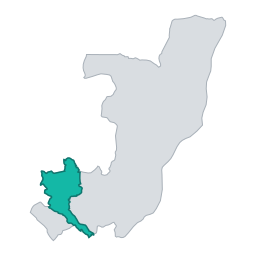 location of Niari within Republic of the Congo
{"feature_id": "COG-3345", "entity_name": "Niari", "entity_type": "Region", "adm_level": 1, "iso_a3": "COG", "parent_name": "Republic of the Congo", "parent_adm1": "", "projection": "albers", "projection_center": [12.665, -3.355], "detail": "fine", "context": "in_parent", "style": "filled", "palette": "teal", "viewbox_px": 256, "rotation_deg": 0, "n_neighbors": 0, "source": "natural_earth", "source_scale": "10m", "svg_char_len": 8232}
<svg xmlns="http://www.w3.org/2000/svg" viewBox="0 0 256 256"><path d="M30.3,212.4L31.8,208.4L33.0,206.5L34.3,205.2L40.0,202.1L40.8,202.2L44.7,206.3L45.9,206.6L47.3,206.5L48.9,206.6L49.7,205.8L49.8,204.8L48.7,203.6L48.5,202.3L49.3,201.0L49.8,199.4L51.0,197.6L51.1,196.8L49.8,195.9L47.2,194.5L45.4,193.1L44.7,191.8L45.2,190.2L46.7,188.8L46.6,188.1L45.3,186.9L44.4,185.6L43.4,184.8L40.8,184.3L41.3,182.5L42.3,180.0L42.5,178.0L41.8,172.8L41.8,171.9L42.5,171.4L44.1,172.0L45.7,172.8L50.0,171.7L51.5,171.5L52.7,172.5L54.5,173.2L64.4,171.1L64.6,168.9L65.2,166.9L65.2,165.4L64.8,164.5L64.3,163.7L64.0,162.3L64.0,160.7L65.0,159.9L68.1,158.0L69.1,158.1L71.3,159.1L73.4,160.7L75.3,164.2L76.5,167.1L78.6,170.7L82.9,172.1L88.1,173.0L90.9,172.8L94.8,169.8L97.1,167.4L97.8,166.1L99.2,166.8L100.6,169.9L101.6,171.1L101.8,172.3L101.2,173.7L101.8,174.6L104.6,175.3L107.0,174.7L108.1,173.4L109.9,171.7L110.0,170.4L109.0,169.4L109.0,168.2L110.0,167.2L111.0,164.5L111.3,162.6L112.3,161.3L114.1,160.5L114.8,159.7L115.8,155.0L115.3,153.4L115.3,152.0L116.4,150.2L116.6,147.3L115.5,135.8L117.3,126.6L117.2,125.5L115.9,124.0L114.3,122.7L110.2,121.7L108.7,120.0L107.5,118.2L106.6,117.6L102.2,116.9L101.2,115.8L101.6,112.9L102.0,108.6L101.8,105.6L102.6,103.2L103.5,101.4L105.5,99.5L106.6,97.2L107.1,96.6L110.9,96.3L112.2,95.3L113.3,94.4L113.8,93.1L115.0,91.0L116.2,89.5L116.3,88.5L116.1,87.2L115.0,84.5L113.6,82.3L112.8,81.5L111.1,76.3L109.6,75.0L106.6,74.4L101.0,73.8L97.6,74.7L92.5,76.4L86.0,78.3L84.4,78.2L83.8,77.4L84.8,76.7L85.3,75.1L84.6,72.8L83.6,70.7L83.1,67.8L83.3,64.2L84.3,60.7L86.3,56.3L86.5,54.5L99.0,54.6L112.4,54.6L117.6,54.7L120.0,53.6L122.4,55.3L123.5,55.7L123.9,55.6L124.8,56.8L127.8,56.7L128.2,56.9L128.5,58.4L131.2,58.4L132.5,58.7L133.6,58.7L135.2,57.8L136.3,58.1L138.4,59.2L139.8,60.2L141.9,59.9L146.7,60.1L150.4,61.0L154.0,63.6L156.4,65.0L158.6,67.2L159.4,66.8L160.6,66.0L160.6,64.1L159.4,61.0L158.9,58.3L159.2,56.1L160.1,54.5L161.7,53.5L161.9,51.8L169.4,37.3L169.2,35.7L169.4,33.2L169.7,30.4L169.7,28.7L170.2,27.6L172.1,21.0L173.2,20.0L174.8,19.2L177.2,19.2L183.4,18.7L189.3,17.6L191.2,17.1L194.8,15.4L196.2,15.4L197.4,16.0L204.5,18.1L206.4,18.9L207.1,18.7L208.2,18.9L209.8,19.0L211.4,18.7L212.4,19.0L213.7,20.3L214.6,20.2L215.7,19.2L217.8,18.2L221.9,17.2L222.6,17.7L224.0,20.1L225.5,20.9L225.7,25.4L222.3,35.2L214.9,48.3L211.2,58.7L211.2,66.3L210.7,71.1L209.5,74.0L206.6,81.9L206.2,88.7L207.1,97.0L206.1,104.8L203.1,112.2L201.8,118.1L202.5,125.1L197.0,131.0L190.1,136.8L185.7,138.5L182.2,140.4L179.7,142.6L177.1,146.5L173.0,154.9L170.8,158.6L168.0,161.7L163.9,165.5L162.3,167.3L161.7,169.9L162.0,174.8L162.3,189.5L160.4,200.7L156.3,208.6L153.3,212.9L150.2,214.3L146.2,215.4L144.3,216.9L143.1,219.1L140.9,221.0L137.5,222.6L133.4,226.6L128.3,232.9L124.9,236.6L123.0,237.5L121.1,237.6L119.1,236.8L117.5,236.7L116.6,237.1L115.3,236.2L115.3,234.7L115.1,232.3L114.2,229.8L116.3,226.3L116.2,225.5L115.1,224.2L114.0,222.3L112.9,222.5L110.6,223.9L108.2,225.0L105.9,225.4L103.2,227.1L101.6,227.1L100.8,226.5L98.9,225.8L97.9,226.0L97.3,226.4L96.9,230.6L96.5,232.4L95.9,233.3L93.1,234.2L91.2,235.5L89.5,236.3L88.5,236.1L84.4,232.9L82.3,230.2L81.0,230.2L80.6,231.0L80.0,230.6L78.0,228.9L75.7,226.1L74.8,225.7L73.5,225.7L71.5,226.7L69.5,228.3L65.8,229.8L62.8,230.6L62.5,231.6L61.8,233.4L60.8,234.4L58.1,234.8L57.2,236.3L54.8,239.3L53.3,240.6L52.9,240.1L52.0,239.3L50.1,237.0L48.2,234.2L47.7,232.9L47.2,232.1L47.1,229.2L44.2,225.8L37.1,219.8L36.3,217.9L30.3,212.4Z" fill="#d9dde1" stroke="#a8b0b8" stroke-width="1"/><path d="M88.9,237.5L88.4,236.4L88.2,235.5L88.1,235.2L87.8,235.0L87.4,234.7L85.9,234.2L85.4,233.9L84.2,232.8L83.5,232.4L83.2,232.1L82.9,231.3L82.4,230.6L82.2,230.2L81.7,229.5L81.0,229.6L80.6,230.2L80.7,231.0L79.5,230.4L77.8,228.4L76.7,227.6L76.2,227.0L75.8,225.8L75.4,225.2L75.0,225.0L74.7,225.0L74.4,225.2L74.0,225.3L73.6,225.2L73.1,224.9L73.0,224.6L72.3,223.9L71.8,223.5L71.5,223.4L71.1,223.2L70.9,223.1L70.7,223.1L69.0,223.2L68.8,223.2L68.6,223.1L68.4,223.0L68.1,222.8L67.2,221.6L67.0,221.2L67.0,220.8L67.0,220.6L67.2,219.3L67.2,219.2L67.0,218.7L66.7,218.3L64.6,215.8L64.3,215.6L64.0,215.5L63.2,215.3L63.0,215.2L62.9,215.0L62.9,214.8L63.0,214.7L62.9,214.5L62.8,214.4L62.5,214.2L61.9,214.0L61.6,214.0L61.1,213.9L60.5,213.7L59.8,213.6L59.0,213.3L58.5,213.2L58.3,213.2L58.2,212.9L58.3,212.6L58.2,212.4L57.7,212.1L57.2,211.8L56.4,211.6L55.6,211.5L55.3,211.4L54.4,211.1L50.9,208.5L50.2,208.1L49.6,208.1L49.4,207.9L49.2,207.8L48.7,207.0L49.1,206.8L49.7,206.4L50.2,205.8L50.4,205.3L50.2,204.7L49.7,204.4L49.1,204.2L48.5,203.9L48.3,203.4L48.3,202.8L49.8,199.3L50.2,198.6L51.3,197.8L51.6,197.2L51.4,196.4L50.4,195.9L49.1,195.6L48.2,195.2L47.1,194.3L46.6,194.0L45.1,193.3L44.9,193.2L44.7,193.0L44.6,192.9L44.7,192.7L44.7,190.9L44.8,190.5L45.2,189.8L45.5,189.7L45.8,189.7L46.4,189.6L47.1,189.2L47.1,188.7L46.7,188.1L44.7,186.0L43.8,184.7L43.4,184.2L42.9,184.0L42.1,184.2L41.1,185.0L40.6,185.1L40.5,184.5L40.7,183.5L40.8,183.3L42.7,180.2L42.9,179.5L43.0,179.0L43.0,178.4L42.9,177.8L42.7,177.2L42.0,176.1L41.8,175.6L41.8,175.1L42.0,173.7L41.9,173.1L41.3,171.6L41.5,171.1L42.5,171.1L43.9,171.5L44.2,171.7L44.4,171.9L44.5,172.1L44.7,172.3L45.6,173.0L46.0,173.3L46.5,173.3L46.9,173.1L47.8,172.2L48.3,172.0L49.3,171.8L50.4,171.5L51.2,171.1L51.5,171.2L51.9,171.6L52.8,172.7L53.6,173.2L54.4,173.3L64.7,171.1L64.4,170.5L64.6,169.7L65.0,168.8L65.1,168.0L65.0,167.0L65.0,166.6L65.2,166.2L65.7,165.4L65.8,165.0L64.8,164.5L64.2,163.7L64.0,162.6L63.8,159.8L63.9,159.5L64.2,159.6L64.5,159.9L65.0,160.4L65.4,160.6L65.8,160.4L65.9,160.1L65.9,159.8L65.9,159.6L66.1,159.3L66.2,159.1L66.4,159.0L67.7,158.1L67.9,158.0L69.2,158.0L70.3,158.4L72.0,159.7L73.3,160.1L73.7,160.4L74.0,161.0L74.6,162.9L74.8,163.5L75.0,163.7L75.4,164.1L75.5,164.2L75.6,164.8L75.5,165.1L76.1,165.4L76.0,165.5L75.9,165.7L75.9,165.8L75.8,166.0L75.7,166.2L75.8,166.3L76.1,166.7L76.2,166.9L76.3,167.1L76.4,167.6L76.7,167.6L77.4,167.3L77.6,167.5L78.1,168.3L78.3,168.6L78.5,169.3L78.5,169.5L78.9,169.7L79.0,169.7L79.1,170.0L78.8,170.2L78.7,170.4L78.6,170.7L78.6,170.9L78.5,171.2L78.4,171.4L78.3,171.6L78.0,171.8L77.9,172.0L78.0,172.2L78.3,172.2L78.6,171.9L78.8,172.1L79.0,172.2L79.1,172.3L79.3,172.2L79.5,172.1L79.9,172.0L80.0,172.1L80.1,172.3L80.1,172.6L79.9,173.7L79.8,178.2L80.1,181.9L80.2,182.3L80.7,183.5L80.7,183.9L80.4,184.0L80.0,184.0L79.8,184.1L79.5,184.4L79.3,184.5L78.9,184.7L78.8,184.8L78.7,184.9L78.7,185.1L78.8,185.2L79.0,185.6L79.1,186.0L79.3,186.3L80.0,186.6L80.4,186.6L80.6,186.6L81.7,187.6L81.9,187.8L82.1,188.0L82.1,188.4L82.1,188.6L81.8,189.4L81.5,190.6L81.6,192.2L81.5,192.4L81.3,192.8L80.4,193.7L79.6,194.1L79.4,194.3L79.1,194.6L78.7,194.8L78.4,194.8L77.8,195.1L77.6,195.1L77.4,195.1L77.0,195.0L76.9,195.0L76.7,195.2L76.8,195.9L76.7,196.1L76.3,196.1L76.2,195.9L75.8,196.0L75.4,196.2L75.2,196.3L74.9,196.3L74.6,196.1L74.3,196.1L74.1,196.1L73.9,196.1L73.3,196.3L73.2,196.4L72.9,196.4L72.1,196.3L71.8,196.3L71.6,196.3L71.3,196.4L70.9,196.7L70.6,196.9L70.4,197.0L70.2,197.2L70.2,197.3L69.9,198.4L69.8,198.9L69.7,198.9L69.6,199.0L69.4,199.1L68.9,199.1L68.7,199.2L68.5,199.3L68.5,199.6L68.8,199.9L68.6,200.2L68.6,200.4L68.9,200.4L69.0,200.6L69.1,200.8L69.1,201.0L69.3,201.3L69.5,201.3L69.9,201.4L69.9,202.2L69.2,202.8L69.0,203.1L68.9,203.3L68.9,203.5L68.8,203.8L68.8,204.2L69.1,205.6L69.4,206.3L69.4,206.5L69.2,206.9L69.2,207.3L69.2,207.5L69.5,208.2L69.5,208.4L69.3,208.5L69.1,208.6L68.8,208.9L68.7,209.2L68.5,209.6L68.6,209.8L69.5,210.4L69.9,210.7L70.1,210.9L70.7,211.7L71.6,213.3L73.0,214.9L73.2,215.0L74.4,215.9L74.9,216.5L75.2,216.9L75.7,217.9L76.6,219.2L78.5,222.8L78.7,223.2L78.8,223.2L79.0,223.2L79.2,223.4L79.5,223.5L79.9,224.0L80.2,224.2L80.4,224.3L80.8,224.3L81.3,224.4L81.5,224.4L81.9,224.3L82.0,224.4L82.2,224.5L82.4,224.6L82.6,224.6L83.0,224.6L83.6,224.7L83.8,224.8L84.0,224.8L84.5,225.0L85.0,225.0L85.4,225.2L85.9,225.7L87.0,227.3L87.2,227.8L87.4,228.1L87.6,228.5L87.9,228.9L88.2,229.3L88.4,229.5L88.6,229.8L88.6,230.0L88.7,230.4L88.8,230.7L88.9,230.9L89.1,231.0L89.5,231.1L91.6,232.4L92.6,232.9L93.1,233.2L93.3,233.4L93.5,233.6L93.6,233.8L93.6,234.0L93.8,234.8L93.5,235.0L93.2,234.8L92.7,234.3L92.4,234.1L92.1,234.2L91.3,234.7L91.5,234.9L91.6,235.1L91.5,235.3L91.3,235.5L89.9,236.5L89.2,237.3L88.9,237.5Z" fill="#14b8a6" stroke="#0f766e" stroke-width="1.5"/></svg>